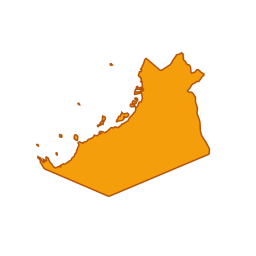 Abu Dhabi, Robinson projection, rotated 329°
{"feature_id": "ARE-349", "entity_name": "Abu Dhabi", "entity_type": "Emirate", "adm_level": 1, "iso_a3": "ARE", "parent_name": "United Arab Emirates", "parent_adm1": "", "projection": "robinson", "projection_center": [53.623, 23.935], "detail": "fine", "context": "isolated", "style": "filled", "palette": "amber", "viewbox_px": 256, "rotation_deg": 329, "n_neighbors": 0, "source": "natural_earth", "source_scale": "10m", "svg_char_len": 5885}
<svg xmlns="http://www.w3.org/2000/svg" viewBox="0 0 256 256"><g transform="rotate(329 128 128)"><path d="M212.5,91.0L213.1,92.5L213.3,93.5L212.1,94.6L211.9,96.3L211.3,96.9L210.8,97.6L210.9,98.6L211.4,100.7L211.4,103.3L211.5,104.1L211.8,104.4L212.6,105.0L212.9,105.5L213.0,105.9L212.9,108.2L212.6,108.9L211.0,112.0L210.7,112.9L210.7,113.6L211.2,113.9L213.9,114.5L214.6,114.5L216.9,113.5L218.2,114.1L218.8,115.8L219.3,117.9L220.9,120.9L220.5,121.7L217.8,122.3L212.9,124.5L212.1,124.4L211.0,123.5L210.3,123.6L209.6,123.9L209.0,123.9L207.6,123.7L206.2,123.6L205.0,123.9L203.9,124.4L201.8,125.6L200.0,126.3L198.2,126.6L198.1,127.3L198.4,128.2L199.1,128.9L200.7,129.9L201.3,130.9L201.5,132.4L201.7,136.0L201.5,136.7L199.6,139.8L199.2,140.6L197.8,146.7L197.2,147.6L195.7,149.4L194.9,150.7L194.4,152.3L193.5,157.2L192.6,160.2L188.6,167.7L187.3,172.4L187.2,173.8L187.5,180.9L187.0,188.0L184.3,191.9L183.6,192.1L77.5,176.9L76.5,176.6L75.6,175.8L36.1,121.0L35.4,119.9L35.2,118.6L35.3,114.2L35.1,112.4L36.0,111.0L36.0,108.8L35.3,107.1L36.1,106.1L36.5,106.9L37.4,108.3L37.6,109.3L37.5,112.1L37.8,113.8L38.4,114.2L39.0,113.5L39.4,111.3L39.7,111.9L40.1,113.4L40.4,113.9L40.6,114.0L41.0,114.1L41.3,114.0L41.6,113.7L41.4,113.4L42.2,111.3L43.0,110.7L43.9,112.1L44.0,113.1L43.6,116.2L43.6,117.4L44.1,119.8L44.1,121.9L44.2,122.5L44.6,123.5L44.7,123.9L45.1,124.8L46.1,125.1L48.2,125.1L48.6,125.3L49.0,125.5L50.1,126.6L50.4,126.6L50.6,126.3L50.3,126.0L50.2,125.4L51.1,125.3L53.5,125.4L53.8,125.3L54.1,125.4L54.6,126.0L55.9,126.6L58.1,126.3L58.8,126.5L59.2,126.2L59.6,126.5L60.3,126.1L62.5,126.1L63.2,125.8L64.8,124.8L65.5,124.7L66.9,124.7L67.4,124.5L69.0,123.0L70.3,122.6L71.1,122.3L71.8,121.8L72.3,120.7L73.6,120.1L75.5,118.4L76.2,118.0L76.8,117.8L77.2,117.4L77.5,115.1L78.3,114.6L79.1,114.9L79.8,115.6L81.3,117.8L81.7,118.0L82.0,117.6L82.4,117.4L83.4,117.5L85.1,118.0L86.0,118.1L86.5,118.0L87.9,117.4L88.4,117.4L89.3,117.8L92.9,118.1L94.8,117.4L95.0,117.2L95.1,116.8L95.3,116.8L95.6,116.9L95.9,117.4L97.2,118.5L97.9,118.9L99.6,118.1L100.5,118.5L101.2,118.9L102.0,118.8L101.4,118.4L101.2,117.9L101.1,116.8L102.0,116.5L103.1,117.1L104.1,117.9L104.8,118.8L105.4,119.8L105.7,120.0L108.1,120.2L113.4,119.0L113.8,119.0L114.2,119.3L114.8,119.9L115.2,120.3L115.8,120.4L116.4,120.4L116.9,120.1L117.7,120.7L118.5,121.1L119.2,122.2L119.5,122.5L119.8,122.5L120.8,122.5L121.5,122.1L122.7,122.5L124.6,121.4L125.8,121.8L130.9,121.8L132.0,121.7L132.4,121.3L135.0,119.8L137.7,119.3L138.5,118.9L139.4,118.7L140.5,118.1L142.2,117.8L143.5,116.8L144.2,116.0L144.5,115.3L144.9,114.9L147.7,114.1L149.9,112.3L150.3,112.3L150.6,111.6L151.4,111.7L153.1,112.4L153.4,111.9L155.0,110.6L155.8,109.4L157.4,105.9L157.2,104.7L157.3,104.1L158.0,103.7L157.4,103.4L157.4,103.1L158.1,103.1L159.1,103.6L159.7,103.7L159.5,103.1L158.7,102.3L158.6,101.7L160.5,102.5L160.9,103.1L161.1,103.1L161.0,101.8L160.2,101.4L159.1,101.3L158.0,101.1L155.5,99.3L154.6,99.1L154.6,98.8L155.1,98.6L155.6,98.2L156.0,97.7L156.2,98.4L156.6,98.8L156.4,98.3L156.6,97.8L157.1,97.1L157.4,97.1L157.7,98.4L158.6,99.7L159.6,100.5L160.6,100.4L159.7,99.7L160.2,99.7L161.1,100.0L161.5,100.1L162.0,99.2L163.7,95.7L163.0,95.4L162.7,94.9L162.9,94.6L163.6,94.4L164.0,94.1L164.1,93.4L164.4,92.7L165.2,92.4L165.2,92.1L164.8,91.8L164.3,90.0L164.5,89.7L163.9,89.1L164.0,88.3L164.4,87.9L166.0,86.7L166.4,85.9L166.7,85.7L168.0,86.4L168.7,86.2L169.3,85.8L169.5,85.1L168.9,84.4L173.5,81.5L175.5,80.0L176.8,78.7L177.6,78.1L179.2,77.6L179.6,78.1L184.8,93.8L185.2,94.7L185.7,95.4L186.5,95.7L187.4,95.8L196.3,95.5L197.4,95.2L198.7,94.7L201.5,93.0L206.1,91.0L207.1,90.3L210.4,91.2L212.1,91.2L212.5,91.0ZM123.8,117.2L121.9,117.0L121.5,116.8L121.4,116.5L122.1,115.8L122.6,115.4L124.1,114.8L124.9,114.0L125.4,113.6L126.1,113.4L126.5,113.4L127.4,113.8L127.7,113.6L128.7,112.8L130.3,112.0L130.7,111.4L130.9,112.0L130.7,112.4L131.3,113.4L132.5,114.2L134.0,114.5L135.2,115.0L135.6,116.4L135.0,117.5L133.7,118.0L132.2,118.0L131.0,117.4L131.1,117.0L130.7,116.3L130.2,116.2L129.8,117.1L130.1,117.4L129.0,118.2L127.6,118.5L126.2,118.3L123.8,117.2ZM108.6,112.0L108.1,111.3L107.5,111.2L106.7,110.8L106.3,111.5L104.1,111.1L102.9,111.4L102.8,111.1L102.9,110.8L103.1,110.2L103.3,110.1L104.8,110.4L105.3,110.3L106.3,109.8L106.8,109.4L108.9,108.5L109.3,108.5L109.7,109.2L110.1,109.5L110.5,109.3L110.6,108.7L110.5,108.2L110.3,107.7L111.9,105.3L112.6,104.7L112.9,105.7L113.9,106.3L113.6,108.2L113.0,108.8L111.4,109.6L110.6,110.2L109.6,110.3L109.0,110.8L109.0,111.3L108.6,112.0ZM76.6,108.9L77.8,107.3L78.8,106.6L79.8,107.0L80.2,107.7L80.5,109.0L80.4,109.8L79.5,111.0L78.0,112.5L77.4,111.9L76.5,109.9L76.6,108.9ZM155.1,104.1L151.1,102.7L151.1,102.0L152.8,100.3L153.4,99.4L153.7,99.4L153.4,100.4L153.7,101.3L154.4,101.9L156.0,102.7L156.8,103.6L156.8,104.1L156.2,104.3L155.1,104.1ZM145.1,113.8L144.7,112.9L143.7,112.5L142.7,112.1L141.8,111.6L141.3,110.3L141.9,109.3L142.8,108.9L143.4,109.4L145.0,111.3L145.4,112.5L145.1,113.8ZM148.2,110.5L147.9,110.8L147.1,111.1L146.6,111.1L146.4,111.0L145.7,110.1L144.7,109.5L144.6,109.2L144.8,108.4L145.1,108.0L145.6,107.6L146.2,107.4L146.8,107.4L147.6,108.9L148.5,110.1L148.2,110.5ZM66.2,98.5L67.1,99.2L67.4,100.4L66.9,101.4L66.4,101.7L65.7,101.3L65.1,100.6L65.0,100.0L65.7,98.8L66.2,98.5ZM150.7,106.7L151.1,107.1L151.2,107.8L150.7,109.2L150.0,109.5L148.9,107.4L148.8,107.1L149.1,107.0L149.5,107.2L150.1,107.5L150.2,107.3L150.1,107.0L149.4,106.5L149.3,106.1L149.8,106.0L150.7,106.7ZM145.9,63.9L146.7,64.2L147.1,65.9L146.5,65.7L146.0,65.7L145.3,64.8L145.9,63.9ZM53.3,112.5L53.8,112.3L54.2,112.9L54.1,113.2L54.2,113.4L53.9,114.1L53.5,114.6L52.9,114.2L53.1,113.8L53.1,113.3L53.3,112.5ZM97.7,81.3L98.5,81.4L98.6,82.2L98.5,83.2L98.2,83.0L98.1,82.7L97.8,82.3L97.6,81.6L97.7,81.3ZM41.6,95.2L42.1,95.6L42.3,96.0L41.9,97.3L41.7,97.1L41.6,96.4L41.7,96.1L41.5,95.9L41.4,95.9L41.4,96.2L41.2,96.0L41.1,95.5L41.4,95.2L41.6,95.2Z" fill="#f59e0b" stroke="#b45309" stroke-width="1.5"/></g></svg>